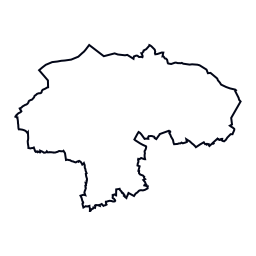 Nnewi South, Anambra, Nigeria, rotated 180°
{"feature_id": "59680162B31350853830247", "entity_name": "Nnewi South", "entity_type": "district", "adm_level": 2, "iso_a3": "NGA", "parent_name": "Nigeria", "parent_adm1": "Anambra", "projection": "orthographic", "projection_center": [6.97, 5.966], "detail": "fine", "context": "isolated", "style": "outline", "palette": "ink", "viewbox_px": 256, "rotation_deg": 180, "n_neighbors": 0, "source": "geoboundaries", "source_scale": "gbopen_adm2", "svg_char_len": 5835}
<svg xmlns="http://www.w3.org/2000/svg" viewBox="0 0 256 256"><g transform="rotate(180 128 128)"><path d="M108.4,67.6L108.5,68.5L108.2,69.7L111.7,70.6L111.6,70.9L111.0,71.2L109.9,71.6L110.6,72.6L110.8,73.7L112.7,76.0L110.9,76.9L111.7,77.6L112.1,79.1L111.9,79.3L113.1,80.5L115.6,81.4L116.0,81.6L116.5,82.3L116.9,82.6L116.9,83.1L117.0,83.8L116.9,85.0L117.6,85.1L117.5,85.7L117.3,86.3L116.4,89.7L118.5,90.5L118.2,92.6L117.6,94.0L117.6,94.9L117.8,95.5L117.9,96.8L117.8,97.0L117.2,96.5L116.5,97.1L115.9,97.2L114.9,98.0L112.2,97.0L111.4,96.8L110.9,96.8L111.3,98.6L111.4,100.2L111.4,101.2L111.1,102.7L111.4,104.2L111.4,104.9L111.0,105.4L110.2,107.1L109.8,109.1L110.0,109.7L113.3,111.2L115.7,112.5L120.7,115.7L121.6,116.5L118.7,121.9L117.4,124.0L116.1,123.2L114.7,121.7L111.4,117.1L110.1,117.4L107.7,117.2L107.9,118.3L107.8,118.9L107.3,119.7L107.1,119.6L106.8,119.8L105.2,120.0L103.9,119.9L102.6,119.4L102.1,119.4L101.6,118.8L101.4,118.4L101.3,117.9L100.9,117.9L100.7,117.8L100.4,117.3L99.7,116.9L97.6,119.9L96.5,121.3L96.3,121.9L94.4,122.6L87.2,125.2L87.0,124.9L86.2,124.8L85.8,124.5L85.8,124.0L86.6,123.5L86.7,122.9L85.7,121.3L85.0,119.4L83.0,116.0L82.5,113.4L81.9,111.8L78.2,112.1L77.5,112.5L76.8,112.6L75.7,112.6L75.4,112.7L74.5,113.4L73.2,112.7L70.4,113.5L69.1,114.1L69.7,116.8L67.4,115.3L66.4,114.8L63.5,112.1L62.7,111.6L60.8,109.7L60.1,108.8L55.7,111.7L52.2,113.7L51.6,112.7L50.8,111.8L49.4,112.1L49.2,111.5L48.5,111.9L48.2,111.7L47.3,111.9L47.1,111.2L47.1,110.7L46.9,110.4L46.6,110.0L43.6,112.7L43.2,112.2L42.9,112.2L42.3,112.6L42.8,113.5L38.8,117.1L38.7,116.7L37.9,116.9L37.9,116.7L37.3,116.6L37.0,116.4L36.8,116.1L36.3,116.0L36.0,116.0L35.6,116.3L35.7,116.6L35.5,116.8L34.3,117.1L33.8,117.1L34.0,115.5L33.2,115.0L31.9,114.7L30.2,116.1L28.7,118.4L25.4,121.8L23.5,121.8L23.0,123.1L22.3,124.6L21.7,126.2L21.8,127.2L23.4,128.5L24.6,129.2L26.1,130.3L24.0,131.5L24.8,138.1L15.4,154.5L16.8,156.1L17.2,157.3L17.4,158.2L20.8,164.9L20.0,165.7L20.8,166.4L26.0,167.6L29.9,169.0L34.9,171.4L36.2,173.5L38.1,175.7L38.8,177.5L45.5,183.1L48.1,182.8L49.5,186.4L56.4,190.7L58.6,191.3L63.9,191.7L66.4,191.4L69.9,191.9L72.8,192.3L74.2,193.1L75.1,192.8L78.3,192.9L80.1,193.4L81.1,193.3L84.8,192.0L87.8,192.5L88.2,193.0L88.9,196.2L89.9,197.3L91.2,197.6L92.1,199.1L92.7,199.7L93.5,199.6L92.9,202.6L92.7,203.4L94.1,203.5L98.6,202.0L100.7,201.7L101.1,202.9L100.8,204.3L101.3,206.4L104.5,209.6L105.7,210.5L106.6,210.9L106.7,210.3L109.8,206.8L112.4,205.5L112.5,204.4L113.2,203.8L113.9,202.7L114.6,202.7L113.5,200.5L113.4,199.3L113.6,198.8L114.7,199.1L115.7,199.1L116.3,199.0L117.2,199.1L117.9,199.8L118.7,200.3L119.8,200.4L122.1,199.5L122.5,197.2L128.7,201.1L131.0,200.7L138.1,201.5L141.4,202.6L152.2,199.8L166.8,211.0L170.3,206.4L172.0,204.4L174.0,202.7L177.7,199.3L184.8,196.4L191.1,195.5L194.8,195.2L198.5,194.5L203.8,193.9L210.2,191.2L213.6,188.6L216.9,185.8L208.1,175.6L207.9,168.7L209.0,168.4L210.6,167.4L213.3,166.2L213.9,165.5L214.3,164.6L214.5,163.6L215.1,163.0L215.6,162.8L217.4,162.7L219.0,162.1L219.9,161.2L221.4,160.2L222.0,158.6L223.7,156.7L224.3,156.2L225.3,156.0L225.8,155.7L226.7,155.3L227.3,154.7L227.6,153.5L228.4,152.4L229.1,151.8L229.8,151.4L230.8,151.1L231.5,150.7L232.0,150.4L233.4,149.6L234.5,148.5L235.1,148.1L236.2,147.6L235.6,146.8L235.5,146.5L235.7,146.4L235.1,145.5L234.6,144.7L235.1,144.1L236.0,143.5L237.5,142.8L238.6,141.8L239.5,141.0L239.4,140.6L240.4,139.8L240.6,139.3L239.7,139.0L238.9,138.7L239.1,138.5L239.0,138.2L238.5,137.6L238.1,135.0L238.0,132.7L237.7,130.9L237.7,129.7L237.5,127.6L237.2,126.7L236.1,126.7L233.5,126.3L231.4,125.6L230.4,125.0L229.6,124.3L228.6,123.0L228.1,123.7L227.9,120.2L227.8,117.8L228.0,115.9L228.2,115.2L228.3,115.0L228.1,112.4L227.6,109.3L227.6,108.0L225.5,107.6L224.5,107.9L223.2,108.0L222.2,108.5L221.0,105.2L220.8,104.7L220.2,104.1L219.9,104.2L219.8,104.4L219.4,104.6L219.2,104.6L218.6,103.9L218.0,104.5L216.6,103.7L215.8,103.7L215.7,104.1L215.8,105.3L213.7,104.4L212.6,103.7L212.3,103.6L212.1,103.3L211.2,103.3L209.9,103.7L209.2,104.7L208.4,103.7L208.0,103.6L206.3,103.9L206.1,103.7L204.9,103.8L203.8,103.6L202.8,103.6L202.4,103.4L200.7,103.5L199.5,103.9L198.4,104.2L196.9,105.0L194.6,104.7L193.5,104.8L192.6,104.7L192.4,105.0L191.0,102.8L190.0,96.0L188.5,96.3L187.0,95.9L186.1,95.9L185.4,95.4L184.2,94.8L183.4,94.6L183.0,94.6L181.4,93.9L180.2,93.6L178.9,94.4L177.7,94.8L177.4,94.3L177.0,94.6L176.7,95.0L175.5,94.3L174.9,93.6L174.0,92.1L173.7,91.4L172.7,92.1L172.1,92.9L171.3,90.8L171.2,88.2L170.6,86.9L170.4,85.3L169.4,82.7L170.2,82.2L169.8,79.7L169.0,77.1L169.1,75.7L169.4,75.5L169.4,75.0L169.3,74.8L169.3,74.5L169.6,73.1L170.4,73.2L170.1,72.1L169.9,70.8L170.1,70.4L170.6,70.3L170.5,69.7L170.6,69.0L170.3,68.5L170.2,67.7L170.6,66.6L170.9,65.6L171.3,64.8L171.6,63.3L170.7,60.8L171.7,61.1L173.0,61.1L175.5,60.3L174.4,58.0L173.7,55.2L172.9,53.8L172.8,53.2L173.1,52.8L173.5,52.6L173.5,51.8L172.6,48.5L170.3,49.8L168.9,49.5L166.6,50.1L166.6,49.3L166.0,47.3L166.1,45.0L165.8,45.0L165.5,45.2L164.4,46.8L162.9,47.5L162.6,48.6L161.0,48.1L160.7,49.4L160.7,49.9L161.0,50.5L160.6,50.8L159.9,51.0L159.0,50.8L157.8,50.9L157.0,50.4L156.4,50.2L156.7,51.0L155.2,51.5L154.3,52.0L153.5,51.0L152.6,50.2L152.3,50.5L151.2,50.6L150.0,51.1L149.5,51.4L149.7,51.7L150.1,53.2L150.1,54.3L149.1,54.4L147.7,54.9L146.4,55.2L144.6,55.0L143.0,54.5L142.5,54.5L141.3,54.6L140.8,55.2L141.0,55.9L142.1,57.3L143.0,57.7L143.3,58.0L143.4,58.6L143.3,59.3L143.1,60.0L143.4,60.9L142.9,61.2L142.5,61.1L141.5,61.6L141.3,61.5L140.3,60.7L139.9,60.6L139.8,66.6L137.1,67.0L136.4,67.2L135.9,65.8L134.7,64.7L134.6,64.4L134.2,63.4L134.0,63.2L133.7,63.5L132.8,62.7L132.9,62.4L132.4,62.1L132.3,61.8L131.4,60.7L132.0,60.1L131.6,59.8L131.1,59.2L129.6,58.0L129.2,59.3L128.7,60.1L127.5,63.0L122.0,60.0L120.4,62.4L118.6,63.6L117.1,65.2L116.0,65.7L114.8,65.8L113.1,65.6L111.2,66.1L108.4,67.6Z" fill="none" stroke="#020617" stroke-width="2"/></g></svg>